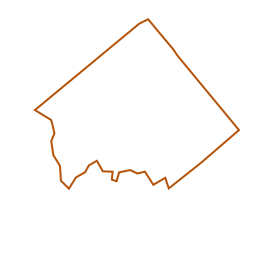 Brown, Illinois, United States of America (Equal Earth projection), rotated 140°
{"feature_id": "52423323B24893766187997", "entity_name": "Brown", "entity_type": "district", "adm_level": 2, "iso_a3": "USA", "parent_name": "United States of America", "parent_adm1": "Illinois", "projection": "equal_earth", "projection_center": [-90.654, 39.973], "detail": "fine", "context": "isolated", "style": "outline", "palette": "amber", "viewbox_px": 256, "rotation_deg": 140, "n_neighbors": 0, "source": "geoboundaries", "source_scale": "gbopen_adm2", "svg_char_len": 521}
<svg xmlns="http://www.w3.org/2000/svg" viewBox="0 0 256 256"><g transform="rotate(140 128 128)"><path d="M212.2,119.5L199.6,123.6L189.3,121.7L182.0,124.5L172.9,122.9L175.1,111.0L167.9,104.4L173.5,98.9L171.0,94.6L163.3,99.7L153.5,94.5L149.9,87.0L143.1,83.7L145.1,68.2L131.5,65.9L135.6,55.5L93.5,54.4L44.3,55.1L43.6,151.4L42.8,158.9L42.7,198.4L52.4,200.7L187.8,201.6L181.8,183.8L182.8,181.0L187.8,171.2L195.2,167.3L202.6,155.3L204.5,142.6L213.3,130.7L212.2,119.5Z" fill="none" stroke="#b45309" stroke-width="2"/></g></svg>